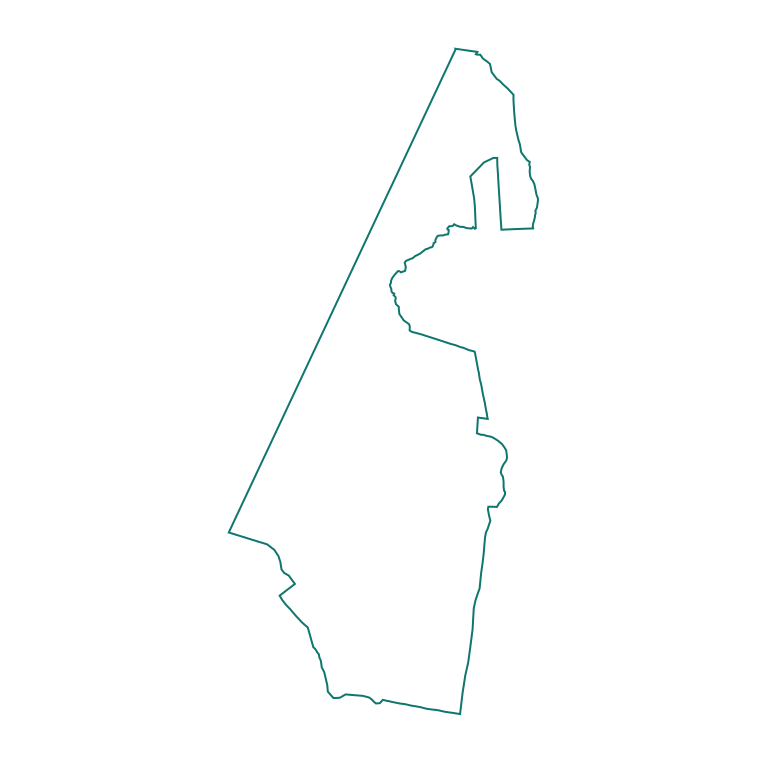 outline of Mazapa de Madero, Chiapas, Mexico, rotated 178°
{"feature_id": "50627088B77163225052710", "entity_name": "Mazapa de Madero", "entity_type": "district", "adm_level": 2, "iso_a3": "MEX", "parent_name": "Mexico", "parent_adm1": "Chiapas", "projection": "robinson", "projection_center": [-92.197, 15.358], "detail": "fine", "context": "isolated", "style": "outline", "palette": "teal", "viewbox_px": 768, "rotation_deg": 178, "n_neighbors": 0, "source": "geoboundaries", "source_scale": "gbopen_adm2", "svg_char_len": 4796}
<svg xmlns="http://www.w3.org/2000/svg" viewBox="0 0 768 768"><g transform="rotate(178 384 384)"><path d="M319.5,51.5L316.3,72.2L312.9,90.1L309.6,102.6L307.1,117.1L304.0,135.9L302.9,148.3L302.1,156.8L300.1,164.6L298.2,169.8L295.6,176.3L294.7,182.9L293.5,191.8L291.6,202.4L290.1,212.5L289.1,221.4L288.4,226.9L287.3,232.1L285.3,236.0L284.2,239.2L283.8,240.2L282.5,243.6L283.7,249.4L283.9,251.0L284.6,255.2L284.0,257.7L280.9,257.6L278.1,257.4L275.4,257.2L273.6,260.2L272.9,261.0L270.5,263.4L270.3,263.7L268.7,266.3L267.0,269.2L266.7,271.7L267.6,273.0L268.1,276.7L267.9,281.1L268.0,283.5L268.4,287.3L269.6,289.2L270.4,291.7L269.4,295.5L267.3,299.6L265.4,302.0L264.3,303.7L263.6,306.0L263.8,309.2L264.2,313.4L265.8,316.3L268.2,319.9L270.9,322.3L271.9,323.2L275.2,325.5L276.8,326.5L278.2,327.3L280.6,328.0L283.9,328.8L286.5,329.8L288.6,329.8L292.8,331.5L291.3,347.2L281.6,345.5L282.2,349.3L282.2,350.4L283.0,355.1L283.5,358.5L283.9,361.8L284.2,363.1L284.8,366.5L285.3,369.2L285.9,373.1L286.6,377.9L286.6,378.3L287.2,381.4L288.1,385.2L288.7,390.8L288.8,391.9L289.0,392.8L289.5,395.1L289.8,397.3L290.6,402.9L291.9,411.3L292.2,413.1L292.3,413.2L295.3,414.2L295.9,414.3L297.9,414.9L298.0,414.9L300.5,416.1L303.3,417.3L303.5,417.5L306.0,418.1L311.2,420.3L314.8,421.4L315.9,421.7L331.1,427.3L337.5,429.6L342.3,431.3L342.5,431.5L351.1,434.2L353.4,434.8L354.6,435.3L356.1,436.3L356.5,436.6L356.2,440.7L356.9,442.9L357.9,443.7L362.0,446.8L366.2,453.4L366.6,458.7L366.5,460.6L369.3,463.4L369.6,464.9L370.0,466.6L369.5,468.4L369.3,470.1L370.0,471.2L371.3,472.3L370.6,474.0L372.3,474.7L373.3,476.4L373.4,478.9L374.3,481.1L374.6,483.1L373.6,484.6L373.3,487.1L372.0,489.7L370.7,491.4L369.1,493.3L368.2,494.2L367.3,495.0L366.8,495.7L366.1,496.3L365.6,496.3L364.5,496.1L363.2,495.0L361.5,495.5L358.9,496.4L358.1,500.6L358.5,501.6L358.7,503.1L359.1,504.3L358.9,504.9L358.4,505.4L357.7,506.3L352.2,508.4L350.8,508.8L348.5,510.7L343.6,512.9L338.1,516.9L336.9,517.5L335.9,517.5L335.1,517.9L333.2,518.8L331.4,519.0L330.5,519.9L330.2,520.7L329.6,522.1L329.5,523.0L327.7,524.0L327.7,524.6L327.7,525.4L327.5,526.5L326.7,527.8L325.6,529.8L323.9,530.4L321.7,530.5L319.8,530.4L319.0,530.6L318.2,531.0L317.4,531.1L314.7,531.4L314.2,533.3L313.9,535.6L315.1,536.3L315.3,537.3L313.3,539.4L312.3,539.3L311.7,539.4L310.5,539.4L309.4,540.0L308.3,541.2L306.4,540.0L302.3,538.4L299.3,538.3L296.0,536.9L290.9,536.3L289.6,537.7L287.8,536.0L286.8,536.4L286.9,545.6L287.0,557.5L287.0,558.4L287.4,565.3L287.5,566.9L289.0,577.7L289.9,584.3L290.5,588.4L276.3,602.0L266.8,606.1L263.0,606.0L263.1,599.1L262.8,590.0L262.6,580.7L262.2,566.6L262.0,559.1L261.7,547.4L261.4,538.8L261.3,534.1L253.0,534.2L229.5,534.3L229.8,536.7L229.3,539.4L228.5,541.4L227.9,543.5L227.4,545.4L227.0,547.9L226.4,549.5L226.7,551.7L225.0,554.9L224.4,558.2L223.7,562.2L223.7,564.1L225.0,567.8L225.6,571.6L226.0,574.2L226.8,578.6L228.1,581.7L229.8,584.0L230.6,586.4L231.0,590.6L230.8,593.4L230.4,595.5L231.2,598.1L230.6,600.9L233.2,602.7L238.2,609.8L238.9,611.2L239.4,615.4L239.9,619.0L241.3,624.0L241.5,625.4L242.2,628.5L243.1,633.4L243.7,638.4L244.2,646.8L244.5,653.3L244.5,654.0L244.7,663.0L244.5,668.6L245.0,669.1L250.0,674.9L254.5,679.2L257.8,682.9L260.8,685.1L261.8,686.6L265.5,691.8L266.9,700.1L269.8,702.8L273.3,705.4L273.5,705.6L273.9,706.0L274.9,707.6L276.3,709.7L279.1,709.9L279.5,709.9L280.6,710.4L280.4,710.6L279.1,712.6L300.7,716.5L300.6,716.3L372.0,577.0L372.1,576.9L456.8,411.7L504.3,319.0L504.5,318.7L504.7,318.3L538.5,252.4L538.6,252.2L544.3,241.0L536.8,238.4L526.5,234.8L518.7,232.1L513.3,230.2L512.0,229.8L506.3,227.8L506.0,227.5L502.0,224.2L499.5,222.2L498.5,220.6L496.6,217.5L495.6,216.0L494.9,213.6L493.8,209.8L493.1,203.8L492.9,202.3L490.4,198.7L485.9,195.9L482.8,191.4L480.0,187.3L482.3,185.7L484.8,183.9L487.9,181.7L491.8,178.9L495.7,176.1L493.4,172.0L493.1,171.5L490.7,168.2L489.2,166.2L486.1,162.8L485.7,162.4L482.2,157.9L480.0,155.2L479.1,154.1L477.1,151.9L475.6,150.1L474.2,148.5L470.7,145.2L468.7,143.4L463.8,123.4L462.3,121.9L461.1,120.2L460.1,118.1L458.6,116.3L458.3,114.3L457.9,112.2L457.0,110.5L456.5,107.3L456.1,102.9L455.1,100.9L453.9,98.4L453.4,96.3L452.5,91.6L452.4,91.2L451.2,84.9L450.9,78.6L450.2,77.7L448.4,75.4L448.2,75.2L446.5,73.1L445.4,71.9L444.8,71.9L442.3,71.9L439.1,72.0L437.2,73.0L434.7,74.3L433.2,75.1L430.4,74.8L428.3,74.5L428.0,74.5L425.8,74.2L423.4,73.9L420.4,73.6L418.1,73.3L416.2,73.1L413.1,72.2L409.6,71.1L407.2,69.1L405.6,67.3L404.9,66.5L403.2,65.0L400.5,65.1L399.3,65.2L396.2,68.4L392.7,67.4L389.1,66.6L388.0,66.2L379.2,64.1L374.1,63.3L369.6,62.1L369.3,61.9L366.8,61.4L364.1,60.9L361.8,60.4L358.6,59.7L356.3,59.0L352.6,57.9L351.4,57.7L345.9,56.8L344.4,56.6L341.4,56.1L340.3,55.8L337.7,55.1L334.1,54.2L328.0,53.1L327.0,53.0L323.2,52.2L321.0,51.8L319.5,51.5Z" fill="none" stroke="#0f766e" stroke-width="2"/></g></svg>